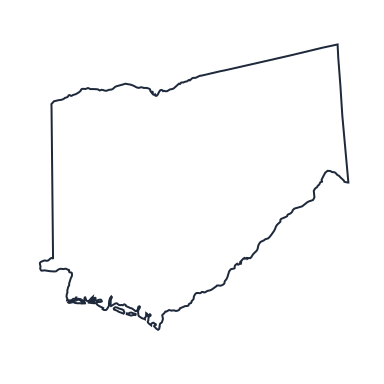 SVG path tracing the border of Georgia, rotated 85°
{"feature_id": "USA-3543", "entity_name": "Georgia", "entity_type": "State", "adm_level": 1, "iso_a3": "USA", "parent_name": "United States of America", "parent_adm1": "", "projection": "albers", "projection_center": [-82.629, 32.682], "detail": "fine", "context": "isolated", "style": "outline", "palette": "slate", "viewbox_px": 384, "rotation_deg": 85, "n_neighbors": 0, "source": "natural_earth", "source_scale": "10m", "svg_char_len": 6015}
<svg xmlns="http://www.w3.org/2000/svg" viewBox="0 0 384 384"><g transform="rotate(85 192 192)"><path d="M323.1,235.9L323.1,236.0L323.7,236.3L324.5,236.3L325.5,236.6L326.3,237.8L325.2,239.3L322.4,241.5L321.9,241.1L321.5,240.5L321.2,239.6L320.4,239.7L319.8,240.8L318.9,241.6L319.0,242.9L319.8,244.0L321.3,244.3L319.4,246.3L318.1,247.3L317.2,247.4L316.2,246.7L313.6,246.3L312.6,245.8L311.9,244.5L311.4,244.0L310.7,244.0L310.1,244.6L310.5,245.2L311.7,246.1L311.7,246.7L309.5,247.3L308.7,248.2L311.9,248.6L313.5,250.0L314.7,250.0L314.2,250.9L313.5,252.6L311.8,254.9L311.0,255.7L310.2,256.1L307.2,256.2L305.3,255.9L302.5,254.0L301.7,253.9L301.3,254.3L301.6,255.3L302.3,255.7L304.1,256.2L305.8,257.5L305.7,258.7L303.4,261.2L302.6,262.3L302.3,263.4L299.9,267.6L298.9,267.9L298.2,268.8L298.0,269.4L298.8,270.8L298.4,272.2L298.5,273.3L298.2,274.6L296.3,276.6L296.4,278.1L298.6,282.6L298.0,283.0L292.7,282.4L291.4,281.8L290.2,281.1L289.7,281.0L289.0,281.5L290.5,282.8L292.8,283.8L295.4,284.4L297.6,284.6L298.5,284.9L301.0,286.7L301.9,287.6L302.1,288.7L301.7,290.3L300.9,291.3L299.8,290.6L297.8,294.0L296.4,295.9L295.3,296.7L294.0,296.6L293.4,296.2L293.5,292.3L293.1,291.4L291.8,291.7L291.3,292.4L291.2,293.5L291.7,296.1L291.8,297.5L291.5,298.4L289.4,297.3L288.9,297.8L289.1,298.7L290.8,299.4L292.8,301.4L292.7,300.0L293.1,299.2L294.3,298.1L294.2,299.9L293.2,304.6L292.8,304.6L292.1,303.3L290.9,301.8L289.4,300.6L287.9,300.1L288.8,301.3L291.1,303.7L291.6,304.9L291.3,306.2L290.4,306.9L287.7,307.5L287.7,308.0L288.9,308.5L290.9,308.5L291.7,308.8L291.0,309.8L289.3,311.9L288.9,312.8L288.5,314.4L288.7,315.1L289.3,315.9L289.3,316.8L288.2,316.3L287.0,316.3L287.0,316.8L287.8,317.1L288.1,317.8L288.1,319.6L288.4,320.2L289.1,321.1L289.4,321.9L289.3,323.4L288.9,325.1L289.0,325.9L287.5,325.5L285.6,326.1L285.1,326.1L282.7,325.6L281.3,324.8L279.6,324.9L276.0,323.7L274.4,322.6L273.6,322.4L272.5,322.4L267.2,320.2L265.1,318.9L263.0,318.7L262.0,318.9L261.6,319.5L261.4,320.8L260.9,321.3L260.4,321.4L259.3,321.2L259.0,321.3L258.8,321.5L258.6,322.6L257.8,323.6L257.4,324.5L257.6,326.8L257.1,329.2L257.1,330.4L257.7,332.1L259.1,334.2L259.2,336.0L258.5,340.5L257.2,345.7L257.3,348.5L257.1,349.0L256.6,349.4L255.0,349.9L253.0,349.4L250.3,349.8L249.3,349.6L248.8,349.1L248.4,348.5L247.4,345.4L247.4,344.7L247.9,342.6L247.8,341.6L247.3,340.6L245.9,338.8L245.5,337.9L246.0,336.5L245.9,336.2L96.0,324.6L92.2,324.4L89.6,321.6L88.9,317.1L88.8,314.2L88.4,312.6L87.7,311.0L87.2,310.5L86.8,308.4L86.5,307.7L84.9,306.3L84.8,305.4L85.5,304.5L85.7,303.9L85.6,303.2L85.1,302.5L84.4,299.3L83.1,296.4L81.6,294.2L80.4,293.6L79.8,292.7L79.7,291.6L80.1,289.2L79.4,286.6L79.6,286.0L80.6,284.3L81.1,279.1L81.6,276.7L82.8,275.1L82.3,273.1L82.7,271.7L83.3,270.4L83.7,268.8L83.6,267.9L83.0,266.0L82.9,263.3L82.5,262.0L80.5,259.3L80.1,258.1L78.7,250.5L78.3,249.1L79.7,243.8L80.9,241.2L82.8,238.3L83.4,237.1L83.6,235.4L83.2,233.8L83.5,232.3L84.1,231.1L84.4,228.0L85.3,225.8L85.7,225.2L86.1,224.9L87.9,224.6L89.5,223.6L88.6,223.0L88.8,222.5L89.7,222.3L90.7,222.7L91.2,222.4L91.7,221.9L91.9,221.2L91.5,220.4L92.6,220.2L93.0,219.8L93.1,219.3L93.0,218.8L92.5,218.6L92.2,217.8L88.9,215.7L87.8,214.6L87.7,213.3L89.0,212.0L88.7,211.2L89.3,209.8L89.4,208.0L87.9,205.0L87.7,202.8L87.5,201.9L86.9,200.8L83.0,195.6L83.4,194.7L83.0,194.1L82.3,193.7L82.0,193.0L82.1,191.0L81.6,189.6L81.3,187.2L80.3,185.7L80.1,185.0L80.6,184.4L78.6,181.7L78.4,180.6L78.6,178.6L76.8,173.7L77.0,173.1L74.2,153.6L73.7,149.0L64.6,82.7L59.7,50.0L57.7,34.1L70.7,34.6L98.6,34.9L128.9,35.6L196.2,35.4L196.1,36.3L195.1,39.3L193.7,39.8L190.2,43.0L189.2,43.7L188.3,44.7L187.7,45.7L185.3,47.5L184.6,48.9L184.4,50.5L184.2,51.0L183.2,52.2L182.7,55.1L184.4,57.6L189.5,60.9L191.3,61.9L192.7,61.5L193.1,61.6L193.2,62.5L193.6,63.4L195.7,64.6L196.8,66.2L198.0,66.9L198.9,68.5L199.8,69.5L201.6,70.6L208.0,70.5L210.4,72.0L211.0,73.8L211.3,75.6L212.1,77.8L215.8,83.4L216.2,84.9L217.3,90.7L217.6,91.7L217.9,92.0L218.9,93.2L220.2,93.8L220.9,94.4L222.0,95.9L222.6,97.8L223.0,98.7L224.4,99.4L224.8,100.2L226.0,103.7L226.5,105.4L227.2,106.2L228.1,106.5L229.2,106.5L230.1,107.5L231.1,108.9L232.4,110.4L234.1,111.6L236.0,112.4L238.1,113.8L240.5,115.8L243.3,118.3L244.8,120.1L245.5,123.2L246.4,124.5L247.7,128.0L248.9,129.2L250.2,130.1L251.4,130.7L254.1,131.5L255.2,132.0L256.4,133.0L258.8,136.0L260.0,137.1L262.2,138.7L263.0,139.8L262.7,141.3L263.4,142.7L262.5,142.8L262.4,143.4L263.1,145.0L262.3,145.4L262.7,146.5L265.6,149.7L266.1,149.1L266.7,149.2L267.8,149.6L267.8,150.1L267.0,150.5L268.0,151.3L268.4,152.1L268.2,152.8L267.4,153.3L268.3,154.8L269.2,155.7L270.2,156.0L271.5,156.1L271.9,156.7L272.2,159.4L272.5,160.3L274.5,162.0L279.6,164.0L281.9,165.3L283.5,166.9L284.4,167.4L285.6,167.6L286.3,168.1L287.0,169.2L287.6,170.6L287.8,171.7L287.4,174.1L287.4,175.4L288.0,175.9L291.0,181.0L291.6,182.9L291.8,184.9L292.2,186.0L292.7,186.9L293.1,188.0L293.1,188.9L292.7,189.4L292.4,190.9L293.1,191.8L293.5,192.8L293.1,195.2L293.0,196.2L293.6,197.3L295.3,198.7L296.5,199.3L298.2,199.6L298.8,199.8L300.8,201.9L301.0,201.8L302.3,202.5L302.6,202.7L302.9,204.1L303.3,204.7L304.8,205.5L305.1,206.6L305.1,208.8L306.9,214.3L307.8,214.6L308.5,215.4L308.9,216.5L309.1,218.0L309.0,218.8L308.5,219.7L308.3,221.1L308.4,222.9L307.8,224.4L307.6,225.2L308.9,227.8L308.7,228.6L308.9,229.1L310.1,230.0L311.8,232.1L312.3,232.4L315.6,232.0L316.8,232.3L319.2,233.4L319.6,233.8L320.0,234.8L320.8,235.4L321.9,235.8L323.1,235.9ZM302.8,272.0L303.7,270.5L304.6,270.4L305.6,269.9L306.6,270.2L307.2,270.8L305.9,273.4L305.0,275.4L303.8,276.8L302.3,279.9L301.3,280.1L300.6,279.4L300.1,278.4L300.7,276.4L301.7,274.9L302.8,272.0ZM290.2,319.5L290.1,317.2L289.3,314.9L289.9,312.9L292.8,310.5L293.2,308.3L293.6,308.3L293.5,311.4L293.0,313.6L292.9,315.6L292.3,318.1L291.4,319.9L291.4,321.0L291.8,323.0L291.7,324.3L291.2,325.0L290.8,324.7L290.2,319.5ZM307.9,260.7L308.5,258.8L309.3,258.8L309.6,259.1L309.4,260.0L309.5,261.6L309.8,263.5L308.0,267.7L307.2,267.5L307.6,265.5L306.9,264.7L306.8,263.0L307.9,260.7Z" fill="none" stroke="#1e293b" stroke-width="2"/></g></svg>